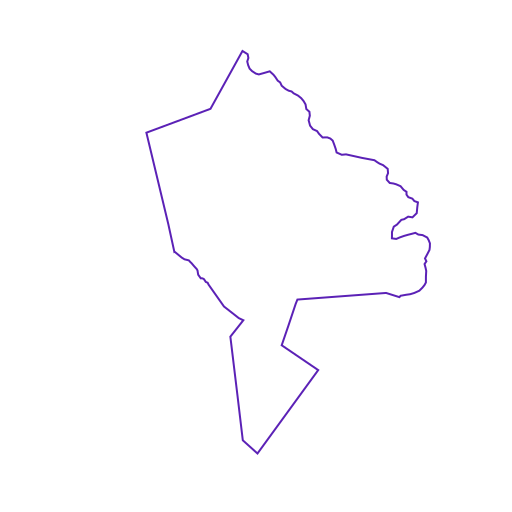 the district of San Lucas Camotlán, Oaxaca, Mexico, rotated 122°
{"feature_id": "50627088B23894321184997", "entity_name": "San Lucas Camotlán", "entity_type": "district", "adm_level": 2, "iso_a3": "MEX", "parent_name": "Mexico", "parent_adm1": "Oaxaca", "projection": "albers", "projection_center": [-95.705, 16.936], "detail": "fine", "context": "isolated", "style": "outline", "palette": "violet", "viewbox_px": 512, "rotation_deg": 122, "n_neighbors": 0, "source": "geoboundaries", "source_scale": "gbopen_adm2", "svg_char_len": 1846}
<svg xmlns="http://www.w3.org/2000/svg" viewBox="0 0 512 512"><g transform="rotate(122 256 256)"><path d="M422.7,150.1L319.8,142.8L318.1,186.9L297.9,191.6L275.5,197.0L271.0,197.8L218.4,126.1L214.9,112.6L213.1,112.3L209.3,108.1L206.7,105.0L203.5,102.2L198.9,99.1L194.7,98.1L191.2,97.7L188.4,97.9L183.4,101.0L178.5,103.7L176.2,105.9L173.5,108.8L170.2,108.7L168.5,111.4L163.7,111.7L158.9,112.1L156.3,113.3L153.1,115.2L151.1,117.9L149.6,120.6L150.0,125.8L151.8,129.7L151.9,133.1L154.7,135.7L157.3,138.2L160.4,141.0L163.9,143.8L167.2,146.1L169.0,150.1L166.3,151.7L163.6,153.4L158.1,154.7L154.7,153.1L148.3,151.9L146.3,149.9L142.0,147.8L140.3,143.8L134.5,142.4L128.9,145.2L124.7,147.1L125.5,150.8L124.5,153.8L125.4,158.0L124.2,160.9L121.8,162.4L121.7,165.8L120.2,170.4L120.9,175.1L121.7,177.9L123.2,181.3L122.0,185.5L119.4,187.3L115.8,187.9L112.3,190.5L111.6,196.4L112.2,200.2L112.2,203.3L112.0,206.3L116.6,218.0L122.1,233.5L124.7,236.9L125.5,242.5L123.0,245.1L120.0,248.8L117.5,252.1L117.0,255.2L117.6,258.3L120.2,262.4L119.0,267.3L117.7,270.4L118.3,275.0L116.8,279.2L113.0,283.3L108.5,284.7L105.4,287.1L104.7,291.2L101.2,294.3L99.4,297.7L98.2,301.3L97.7,305.4L98.1,310.3L97.6,313.0L98.5,315.9L98.7,319.4L98.0,324.4L96.0,327.5L95.8,330.5L93.9,334.7L93.0,337.3L92.1,342.2L96.8,346.4L100.5,349.8L101.4,352.8L101.3,357.3L100.5,360.7L98.3,363.8L95.7,366.5L92.1,367.4L89.3,370.0L89.3,376.1L89.7,376.1L155.3,372.6L209.5,414.3L209.8,414.0L275.5,347.2L295.7,327.5L295.5,327.4L296.7,318.1L296.7,314.9L295.8,312.2L295.3,310.6L295.9,308.6L296.2,307.0L297.5,302.9L298.5,299.3L299.3,297.9L300.6,296.8L302.5,295.1L303.5,292.7L304.2,291.0L303.7,290.3L303.3,289.4L303.2,287.9L304.6,284.8L304.3,282.8L305.4,281.1L315.8,256.4L317.8,237.7L317.2,232.7L338.0,235.0L385.1,197.0L419.2,169.6L419.3,169.5L422.7,150.1Z" fill="none" stroke="#5b21b6" stroke-width="2"/></g></svg>